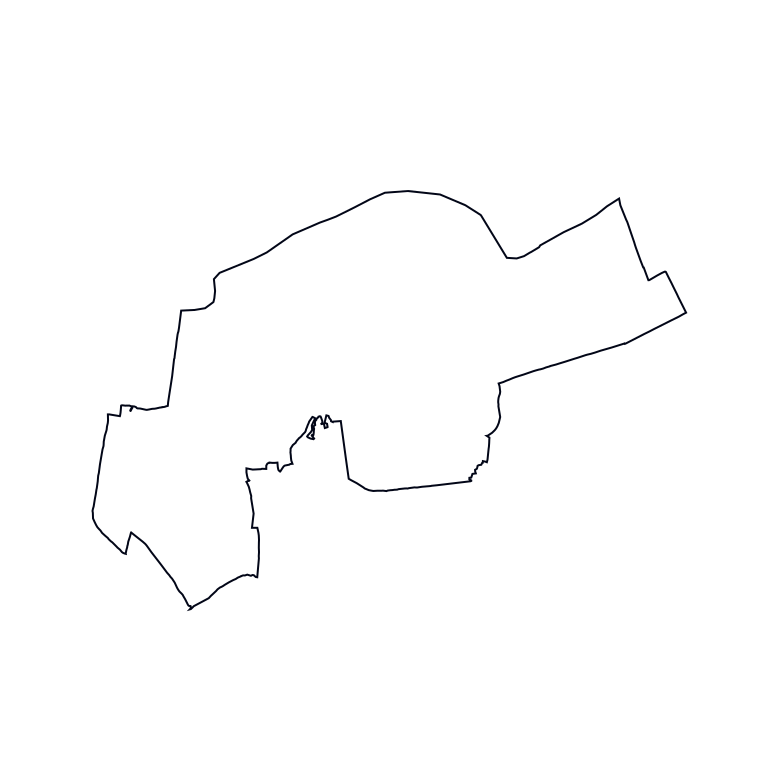 Peceneaga, Tulcea, Romania (orthographic projection), rotated 80°
{"feature_id": "2599482B15466890128615", "entity_name": "Peceneaga", "entity_type": "district", "adm_level": 2, "iso_a3": "ROU", "parent_name": "Romania", "parent_adm1": "Tulcea", "projection": "orthographic", "projection_center": [28.191, 45.007], "detail": "fine", "context": "isolated", "style": "outline", "palette": "ink", "viewbox_px": 768, "rotation_deg": 80, "n_neighbors": 0, "source": "geoboundaries", "source_scale": "gbopen_adm2", "svg_char_len": 6125}
<svg xmlns="http://www.w3.org/2000/svg" viewBox="0 0 768 768"><g transform="rotate(80 384 384)"><path d="M276.5,571.0L293.0,576.1L297.0,577.5L297.3,577.8L299.4,578.7L306.5,581.0L311.4,582.4L315.7,583.9L320.9,585.5L322.1,585.8L323.0,586.4L339.6,591.3L357.2,597.3L364.3,599.7L368.0,600.7L368.2,603.0L368.4,603.8L368.4,605.2L368.2,606.4L368.4,606.6L368.3,609.4L368.4,610.2L368.4,611.1L368.5,612.4L368.5,614.1L368.2,616.7L368.3,620.0L368.3,622.1L367.9,623.3L365.8,628.4L365.2,631.0L364.9,631.5L364.3,631.9L363.8,632.2L363.3,632.9L362.8,633.7L362.3,635.5L363.8,636.0L364.8,636.9L366.3,638.0L366.5,638.2L366.5,638.3L366.2,638.5L365.8,638.3L365.1,637.9L363.6,636.6L362.5,636.0L361.0,638.6L360.4,642.5L359.6,645.2L359.5,646.3L359.6,646.6L360.1,646.8L361.5,647.1L363.8,647.7L366.7,648.5L369.2,649.4L369.3,649.5L369.8,649.7L366.5,659.1L366.2,659.9L366.0,661.2L372.0,662.1L374.5,662.8L377.8,664.2L380.6,665.0L381.8,665.5L386.4,667.9L392.1,670.0L395.3,670.7L396.6,671.1L399.4,672.5L402.7,673.7L413.6,677.6L422.2,680.3L424.7,681.4L427.7,682.2L430.1,682.8L436.9,685.0L438.0,685.5L442.5,687.0L447.0,688.7L454.2,691.2L456.6,692.4L458.4,693.1L460.3,693.1L465.9,693.9L469.8,692.9L472.9,692.0L475.3,691.1L477.7,689.6L479.0,688.7L481.7,687.5L485.2,684.8L487.7,682.7L488.8,682.2L489.7,681.6L491.7,680.1L492.7,679.1L498.0,675.4L498.7,675.0L501.3,672.8L504.0,671.3L505.0,670.3L505.9,668.9L506.4,667.8L506.0,667.8L502.7,666.5L500.3,665.3L499.0,664.9L497.9,664.3L494.8,663.2L490.4,660.8L486.5,659.0L486.3,658.8L489.4,656.1L497.4,649.0L500.0,646.9L501.5,646.0L503.1,645.2L509.2,642.3L523.1,635.0L532.2,630.4L535.1,628.6L536.7,627.9L538.9,626.5L541.2,625.5L543.3,624.6L548.6,623.2L550.1,622.7L552.0,621.9L553.1,621.3L555.3,619.7L556.8,618.8L558.2,618.4L561.4,617.2L567.4,615.4L568.4,614.9L568.8,614.2L569.1,613.1L570.0,613.0L570.8,613.2L571.5,613.5L572.2,614.4L572.1,613.3L570.6,611.0L569.8,610.0L564.5,593.8L562.3,590.9L561.9,590.2L560.2,587.6L558.7,585.3L557.3,583.6L555.9,580.8L555.5,579.1L554.9,577.4L554.2,575.9L552.4,571.2L550.9,566.5L550.3,563.9L549.3,561.6L548.9,559.8L548.5,558.1L548.4,558.1L548.0,556.0L548.4,554.2L548.0,551.8L548.7,550.4L549.7,548.5L549.7,548.0L549.4,547.3L549.3,546.4L549.8,545.3L550.7,544.7L551.8,543.8L552.3,542.4L534.1,537.5L531.7,537.2L527.9,536.3L523.5,535.7L518.3,534.7L516.0,534.2L511.4,533.6L508.7,533.5L503.6,533.7L502.7,539.0L489.0,534.9L473.4,534.7L471.2,534.2L467.3,534.6L464.7,534.7L461.7,535.0L457.1,536.2L456.5,536.5L455.8,534.8L456.0,533.9L455.7,533.4L453.7,534.6L450.8,534.8L447.1,534.8L443.2,534.1L445.5,528.1L446.5,520.0L446.3,518.9L447.2,514.7L443.9,514.1L442.4,512.9L442.1,512.5L441.8,511.7L441.8,510.5L441.5,510.4L442.2,508.0L442.6,505.8L442.8,504.3L442.9,502.6L447.2,503.0L449.3,503.0L450.6,502.8L452.1,501.7L452.2,501.4L449.3,498.7L447.8,497.2L447.2,496.2L447.1,495.7L447.0,491.3L446.5,490.1L446.7,488.0L443.2,488.6L441.4,488.5L439.9,488.4L438.4,488.2L434.9,488.0L434.0,487.7L431.4,487.2L428.3,484.4L426.5,481.2L425.9,480.8L424.6,479.6L423.2,477.8L422.7,477.3L422.0,475.9L421.3,474.8L420.6,473.9L419.9,473.2L417.7,470.1L416.5,469.2L415.1,468.6L413.1,467.3L411.3,466.3L409.6,465.1L408.0,464.2L404.0,460.2L404.3,459.6L405.8,457.7L408.5,459.7L412.3,462.3L416.6,462.7L418.3,464.0L421.5,468.1L422.4,468.8L423.3,468.2L425.0,465.8L426.1,463.0L425.6,462.3L422.2,464.1L421.6,463.6L422.1,462.5L421.8,462.3L419.6,461.6L417.8,461.2L416.0,460.6L414.9,460.7L414.3,460.9L413.8,460.9L413.4,460.7L413.1,460.1L412.8,459.9L412.7,459.3L412.5,458.9L410.3,458.8L408.5,458.2L407.6,456.9L407.0,456.7L406.4,456.2L405.7,455.1L405.3,454.4L404.8,454.2L404.6,452.8L405.0,452.1L406.2,451.8L409.8,451.2L411.6,451.5L412.2,452.6L412.6,452.5L412.6,451.3L412.6,450.3L412.9,450.1L417.1,449.9L417.0,449.0L416.7,447.1L416.3,447.0L413.3,447.0L413.0,447.6L411.7,449.2L404.9,446.2L405.8,444.2L407.9,443.8L410.4,442.5L411.5,442.6L412.6,441.0L412.2,440.8L413.0,433.0L451.0,434.5L471.2,435.2L473.0,433.1L476.9,428.1L482.5,422.0L483.5,421.2L484.8,419.1L485.9,417.4L486.2,416.6L487.0,414.5L487.5,413.1L487.9,409.6L488.5,406.2L488.9,403.3L489.2,402.4L489.9,400.1L489.6,399.0L489.7,396.1L489.9,394.6L490.0,391.8L490.3,389.7L490.3,389.1L490.1,388.0L490.2,386.0L490.5,381.7L490.7,380.2L491.0,379.1L491.0,378.4L490.9,377.5L491.1,372.1L491.7,369.4L491.8,364.5L492.6,355.6L492.5,354.9L492.9,349.6L493.8,333.5L494.8,315.8L494.6,314.9L494.1,314.8L492.7,316.5L491.2,316.2L491.3,314.3L487.9,312.5L488.0,309.1L485.8,309.4L484.3,309.2L483.7,307.4L483.2,307.0L480.8,306.0L480.4,304.9L480.4,302.2L478.7,301.0L478.7,300.4L477.1,300.0L478.0,297.8L478.9,296.3L476.5,295.2L475.1,294.8L468.7,293.0L465.6,292.1L464.1,291.6L460.5,290.7L456.8,289.9L456.2,289.7L455.1,289.5L452.9,291.8L452.9,290.8L450.8,286.0L448.9,283.2L448.0,282.1L446.8,280.9L445.2,279.6L442.2,277.7L436.7,275.3L425.8,275.2L424.1,274.8L421.7,274.7L419.9,274.3L417.6,273.6L416.1,272.9L413.9,271.6L411.8,270.9L406.1,270.6L403.4,271.0L402.8,266.2L402.0,262.9L401.4,259.7L400.6,256.3L400.1,253.7L399.8,251.6L398.9,244.6L397.3,234.6L397.0,232.0L396.7,228.9L396.7,227.5L396.6,226.4L396.4,224.4L395.8,221.5L395.4,217.6L395.2,217.4L394.7,211.2L394.2,207.5L393.5,201.8L392.2,192.2L391.8,188.8L390.6,180.6L390.4,178.7L390.2,175.1L389.7,170.8L388.8,164.8L387.6,153.4L386.0,141.1L385.8,140.1L386.3,139.9L386.2,139.2L380.0,119.2L378.3,113.3L376.8,108.6L371.4,90.6L368.9,82.0L367.2,77.3L366.2,74.1L349.8,79.0L346.4,79.9L338.6,82.2L334.4,83.4L328.9,85.1L324.1,86.5L322.5,87.0L322.3,87.3L322.1,87.8L322.4,89.2L322.9,91.1L324.5,95.9L327.7,104.5L327.8,105.1L327.7,105.6L314.3,108.0L314.2,108.2L314.1,108.4L314.1,108.5L307.1,109.9L293.4,112.3L290.6,112.7L287.9,113.0L277.7,114.6L268.5,116.0L266.7,116.3L264.2,117.0L249.0,120.2L242.2,120.3L247.7,133.5L254.3,145.6L260.4,161.2L265.7,180.7L274.6,206.1L276.2,207.5L279.6,216.3L279.9,217.4L282.4,223.9L283.4,231.5L281.1,241.1L250.6,253.0L234.7,259.2L234.2,259.6L222.1,272.8L207.1,295.9L198.1,327.0L195.8,349.9L199.7,365.7L204.9,382.2L210.8,402.2L212.5,410.9L213.9,419.1L220.8,448.0L234.1,476.6L238.2,490.5L246.0,526.6L251.2,533.3L263.1,534.2L270.1,536.2L273.6,537.7L273.7,537.8L278.3,547.0L278.2,557.7L276.5,571.0Z" fill="none" stroke="#020617" stroke-width="2"/></g></svg>